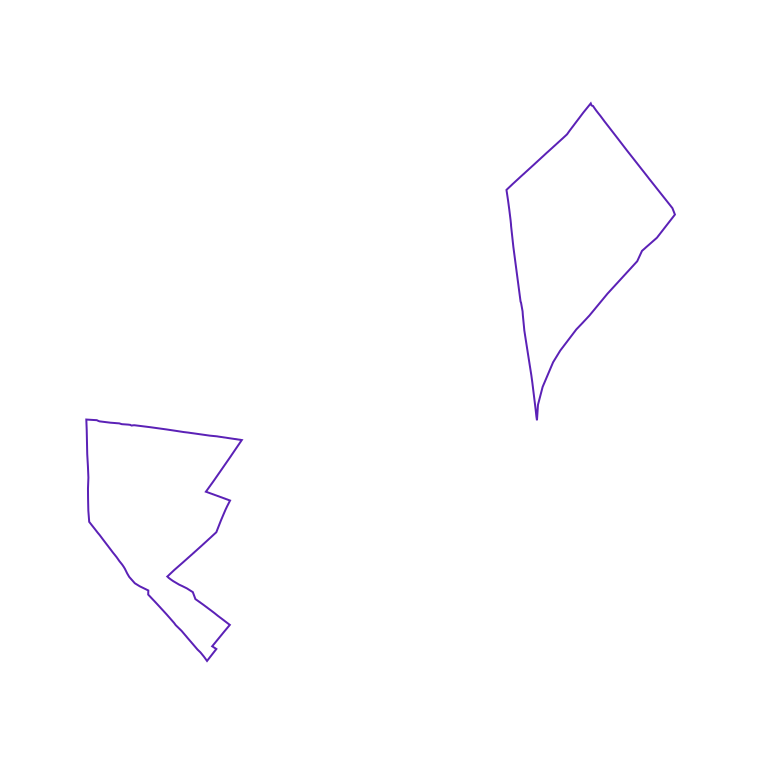 outline of Rafael Lara Grajales, Puebla, Mexico, rotated 83°
{"feature_id": "50627088B86596089339193", "entity_name": "Rafael Lara Grajales", "entity_type": "district", "adm_level": 2, "iso_a3": "MEX", "parent_name": "Mexico", "parent_adm1": "Puebla", "projection": "robinson", "projection_center": [-97.812, 19.247], "detail": "fine", "context": "isolated", "style": "outline", "palette": "violet", "viewbox_px": 768, "rotation_deg": 83, "n_neighbors": 0, "source": "geoboundaries", "source_scale": "gbopen_adm2", "svg_char_len": 2152}
<svg xmlns="http://www.w3.org/2000/svg" viewBox="0 0 768 768"><g transform="rotate(83 384 384)"><path d="M251.3,74.6L244.6,76.3L212.0,96.2L211.6,96.4L181.5,114.6L165.4,124.1L150.3,133.1L144.3,136.5L141.4,138.3L138.2,140.2L135.2,141.8L133.6,142.6L132.9,143.9L132.2,144.3L131.5,144.4L130.7,144.6L138.8,153.0L155.0,168.7L158.5,171.9L160.1,174.1L173.9,193.6L174.0,193.8L181.6,204.4L187.8,213.1L194.3,222.3L201.1,231.8L205.9,238.3L206.3,238.8L209.3,238.7L217.0,238.5L226.4,238.4L236.8,238.4L241.7,238.5L242.1,238.6L263.7,238.9L319.1,238.4L319.6,238.1L325.2,237.8L328.8,237.6L332.5,237.8L344.8,238.1L347.8,238.2L354.4,238.0L372.6,237.4L393.2,236.7L400.3,236.6L410.4,236.6L420.2,236.6L427.7,236.6L434.7,236.7L438.7,236.6L423.4,233.7L406.2,226.9L383.0,213.5L372.3,205.0L353.3,186.5L346.9,178.7L346.3,178.0L341.2,171.9L321.6,151.2L293.0,117.7L283.3,111.7L281.2,108.6L280.2,107.2L272.1,95.3L251.3,74.6ZM637.3,593.4L626.6,582.7L623.4,586.5L617.0,579.8L610.5,573.0L604.3,566.4L600.4,570.4L593.8,577.2L590.6,580.3L587.4,583.6L585.5,585.6L580.9,590.4L574.5,597.4L568.2,598.9L567.3,599.1L562.8,604.6L559.9,609.0L558.3,611.6L554.0,617.2L552.4,619.0L550.1,621.4L548.8,622.4L548.7,622.5L543.1,614.9L536.3,604.9L526.4,590.6L519.5,580.8L510.7,568.5L499.8,562.6L495.6,560.2L489.4,556.6L486.1,554.5L480.9,551.0L469.2,573.9L467.6,572.4L458.9,564.4L443.1,550.3L439.2,546.8L422.3,532.0L416.0,554.8L415.6,556.1L414.0,563.3L409.8,578.9L409.2,581.2L408.4,584.1L407.3,588.6L405.1,596.4L402.6,605.4L398.3,621.6L394.5,636.8L394.4,638.4L394.5,639.4L394.3,639.9L393.6,640.9L393.1,643.0L391.9,649.2L390.8,651.6L390.3,654.2L390.0,655.6L389.1,660.1L386.4,670.9L385.9,671.9L384.9,673.5L384.3,676.8L383.0,683.8L393.7,684.7L417.4,687.1L429.6,687.9L440.8,688.8L452.0,690.6L462.7,691.8L473.7,692.9L484.9,693.4L497.0,686.1L499.3,684.6L503.5,682.2L516.0,674.9L518.1,673.7L523.1,670.6L527.6,668.2L531.3,665.9L533.6,664.7L535.8,663.7L540.7,662.0L544.4,660.4L551.4,655.6L555.0,651.1L560.2,643.1L564.3,643.7L574.2,636.4L586.1,627.9L595.5,621.5L598.0,620.1L604.5,614.9L612.3,609.8L620.1,604.6L624.8,601.5L628.0,598.9L632.6,596.0L637.3,593.4Z" fill="none" stroke="#5b21b6" stroke-width="2"/></g></svg>